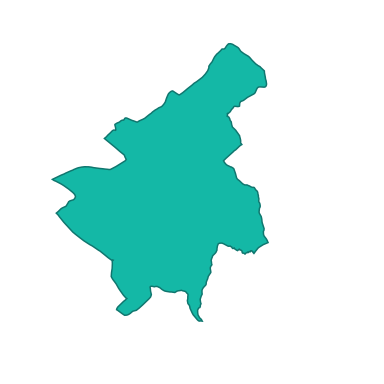 the district of Masasi Township Authority, Mtwara, United Republic of Tanzania, rotated 318°
{"feature_id": "72390352B27431607141265", "entity_name": "Masasi Township Authority", "entity_type": "district", "adm_level": 2, "iso_a3": "TZA", "parent_name": "United Republic of Tanzania", "parent_adm1": "Mtwara", "projection": "equal_earth", "projection_center": [38.869, -10.751], "detail": "fine", "context": "isolated", "style": "filled", "palette": "teal", "viewbox_px": 384, "rotation_deg": 318, "n_neighbors": 0, "source": "geoboundaries", "source_scale": "gbopen_adm2", "svg_char_len": 6012}
<svg xmlns="http://www.w3.org/2000/svg" viewBox="0 0 384 384"><g transform="rotate(318 192 192)"><path d="M326.8,150.4L326.4,145.6L326.4,144.3L325.6,142.1L325.3,140.2L325.1,139.9L325.0,138.2L324.8,134.3L324.9,130.5L324.7,128.8L323.2,124.1L322.4,120.2L322.6,118.5L322.8,117.4L322.9,115.9L322.6,114.5L321.6,111.5L321.0,109.4L319.9,107.6L319.3,107.2L318.8,106.6L318.1,106.3L315.8,106.5L312.6,107.3L311.9,107.3L311.3,107.0L310.2,106.0L309.7,105.8L308.0,106.1L304.2,106.2L302.7,106.1L300.2,106.5L298.9,106.8L297.0,107.5L294.1,108.7L291.3,109.1L288.7,109.8L287.6,111.0L284.8,112.4L280.7,113.3L276.3,113.7L269.1,113.1L266.4,112.6L263.5,112.6L257.8,112.2L251.7,112.0L248.1,111.5L247.4,111.3L246.8,109.8L245.3,104.0L244.1,103.3L243.3,103.2L242.4,103.1L240.5,103.2L239.1,103.7L235.9,105.2L233.6,106.5L232.2,107.3L229.7,107.9L227.3,108.2L225.9,108.0L223.7,107.2L221.5,106.9L219.3,106.4L216.1,106.1L214.5,106.2L212.2,105.9L206.2,105.6L204.2,105.1L201.2,104.1L199.3,103.6L198.6,103.6L197.9,103.3L197.8,103.1L196.2,100.1L195.3,98.6L193.0,93.4L192.3,92.6L191.5,92.3L190.8,92.4L190.3,92.7L189.3,92.8L188.6,92.2L187.6,91.7L186.6,91.5L184.9,91.5L182.4,90.6L180.0,90.2L179.6,90.5L178.4,92.8L176.9,94.9L176.4,95.0L175.6,93.9L175.1,93.5L174.4,93.3L173.7,93.2L170.7,93.4L167.6,93.4L165.1,93.7L163.9,93.6L162.7,93.6L164.7,106.8L165.5,113.4L166.0,116.6L166.4,119.0L166.1,120.0L165.6,121.2L164.9,123.8L163.2,124.1L152.5,122.2L148.6,121.2L146.4,120.6L145.4,119.8L144.6,118.8L143.2,117.3L140.6,114.3L139.3,112.9L135.2,108.1L133.9,106.3L131.9,104.0L129.1,101.4L126.9,99.8L123.9,98.0L122.3,97.3L118.9,96.1L117.8,95.9L116.7,95.4L111.0,93.5L109.0,93.0L106.0,91.9L96.7,89.2L97.0,90.5L97.3,91.5L97.8,92.3L99.6,97.0L100.3,99.0L101.1,101.9L101.6,104.2L102.3,107.2L103.1,112.5L103.2,114.5L102.9,116.3L102.2,117.6L101.1,118.1L99.5,118.5L98.6,118.4L95.3,116.9L93.8,116.7L93.1,117.0L89.2,118.2L88.3,118.1L86.1,117.4L84.7,117.0L83.4,116.8L79.5,117.0L77.0,116.9L77.1,118.9L77.1,120.2L76.9,121.4L76.7,125.2L76.5,128.5L76.5,131.2L76.6,142.0L77.1,145.4L78.1,151.1L79.0,155.9L80.8,162.6L81.3,164.0L81.8,165.4L83.6,172.8L84.1,174.3L85.4,182.5L85.6,184.0L86.1,186.5L86.6,188.7L87.5,189.3L87.8,189.9L86.4,190.0L85.1,191.7L81.5,195.4L78.3,198.0L75.4,200.8L75.0,202.3L74.8,203.2L74.6,204.5L74.4,207.0L74.1,209.8L73.0,214.6L72.6,217.6L72.0,222.9L72.0,226.4L72.1,227.1L72.3,227.5L70.3,227.7L68.1,227.5L60.1,227.8L58.9,228.1L57.9,228.5L57.2,229.0L57.6,230.3L58.8,236.1L59.4,238.5L61.1,239.8L62.1,240.3L63.6,240.7L65.1,240.9L67.0,240.9L68.5,241.1L71.1,242.5L71.6,242.7L74.8,242.9L80.0,242.9L88.8,242.6L91.0,242.3L93.1,241.1L94.9,237.9L96.2,236.2L97.2,234.6L97.9,234.4L98.7,234.8L99.7,235.9L100.5,237.2L101.4,237.6L102.9,238.8L104.1,241.7L104.4,243.9L105.0,246.2L105.4,246.9L105.4,247.2L106.6,248.9L108.7,251.5L109.6,252.3L112.0,255.2L114.7,255.7L115.8,256.3L116.9,257.1L118.4,258.0L118.8,258.9L119.9,260.5L120.6,261.7L120.5,263.7L120.6,264.9L120.3,265.7L118.6,267.2L117.7,268.3L115.9,269.6L114.4,272.0L114.2,273.1L114.2,274.4L113.7,275.5L112.7,277.2L111.2,282.0L110.7,284.1L110.5,290.2L110.6,291.7L110.9,292.6L111.5,293.2L112.0,293.4L113.2,294.8L113.7,293.0L113.5,290.5L114.3,287.2L115.7,285.2L117.3,283.4L119.4,282.7L120.6,283.1L121.7,282.5L122.6,281.6L123.9,281.1L124.6,279.6L126.3,277.2L129.2,275.5L131.2,274.7L132.4,273.1L133.7,271.7L135.4,270.9L137.7,270.5L139.8,270.4L140.9,269.9L142.2,268.6L143.9,267.7L145.5,267.0L147.6,265.6L152.1,264.4L152.8,263.6L154.2,261.3L155.2,260.3L156.5,259.7L158.1,259.4L158.7,258.2L159.6,257.1L160.4,255.7L162.1,254.6L163.8,253.8L164.7,253.2L167.5,253.1L169.3,252.9L171.8,251.8L172.3,251.1L174.8,249.1L176.8,248.1L177.8,248.3L178.9,249.0L180.1,250.1L180.8,251.5L182.5,256.2L183.2,257.1L184.1,257.6L184.3,258.1L184.3,258.5L184.7,259.4L184.5,259.9L184.4,261.1L184.7,261.5L185.6,261.7L185.9,261.9L185.7,262.3L185.8,263.8L186.1,264.3L186.2,265.0L186.5,265.8L186.7,266.1L188.0,266.0L188.5,266.0L189.0,266.3L188.8,266.7L188.9,267.3L189.4,267.7L189.6,268.9L189.5,269.6L188.8,270.6L188.7,271.2L189.5,272.0L189.7,272.6L189.7,273.2L189.9,273.6L191.4,273.5L192.1,273.6L192.9,274.4L193.1,274.5L193.1,274.4L193.2,274.2L193.5,274.0L193.9,274.5L194.0,274.6L194.6,274.6L195.5,275.5L195.8,275.4L195.9,275.0L196.4,275.0L196.5,275.1L197.0,275.6L197.0,276.0L197.1,276.3L197.0,277.0L197.2,277.4L197.2,277.9L196.9,278.0L196.9,279.1L198.1,278.9L199.1,278.6L201.7,278.2L203.3,277.9L204.7,277.9L209.8,278.8L214.7,280.5L215.5,278.1L215.8,276.8L215.9,275.9L216.1,273.3L216.3,272.4L216.9,271.2L218.6,269.1L219.8,268.6L220.6,267.9L221.1,267.4L222.7,263.8L223.5,262.0L224.3,260.7L225.6,259.0L226.5,257.5L227.1,256.3L227.2,255.6L227.8,253.0L228.1,252.3L228.4,251.8L230.7,249.7L231.3,249.2L232.4,248.8L233.2,248.2L233.8,247.4L234.5,246.3L234.9,245.3L235.0,244.5L235.4,243.5L237.1,241.9L238.2,239.9L239.0,239.0L239.6,237.7L240.6,236.2L240.8,235.7L241.0,234.6L240.8,233.3L241.1,231.2L241.2,230.8L241.2,230.3L241.0,229.9L240.7,229.6L240.4,229.4L239.5,228.3L238.7,225.8L238.4,225.4L237.7,223.7L236.0,222.1L235.7,221.5L235.2,220.0L235.0,218.5L234.9,216.8L234.8,215.4L234.4,213.3L234.4,212.1L234.7,211.1L236.6,207.5L238.3,203.5L238.6,202.8L238.6,202.0L238.0,199.8L237.5,199.2L236.8,197.4L236.2,196.1L235.8,194.5L235.9,191.8L236.3,189.9L239.6,189.7L249.5,189.7L251.2,189.6L252.6,189.9L258.2,189.7L259.9,189.9L260.8,190.1L260.9,189.3L260.9,188.3L261.2,187.8L262.2,186.8L262.8,186.0L263.8,184.3L264.2,183.4L265.1,181.8L265.1,181.2L265.5,177.9L265.6,176.6L265.8,175.5L265.5,170.8L266.5,168.6L268.1,166.1L268.3,164.3L269.1,162.7L269.5,161.1L268.9,159.1L270.0,158.6L270.5,157.5L271.2,157.4L271.7,157.9L274.2,157.9L276.0,157.3L277.2,157.1L278.2,157.1L280.3,156.6L281.0,156.8L281.8,157.6L283.1,159.1L284.1,159.8L284.7,160.0L285.3,159.5L286.8,158.0L288.0,157.5L288.9,157.4L290.7,158.1L291.7,158.4L296.6,158.8L303.5,160.5L304.6,160.6L305.7,160.3L309.5,158.6L310.8,158.4L311.5,158.5L312.7,159.2L315.8,162.4L316.8,162.9L318.0,162.8L318.9,162.3L319.7,161.6L321.5,158.9L322.2,157.3L323.3,155.7L325.6,151.9L326.8,150.4Z" fill="#14b8a6" stroke="#0f766e" stroke-width="1.5"/></g></svg>